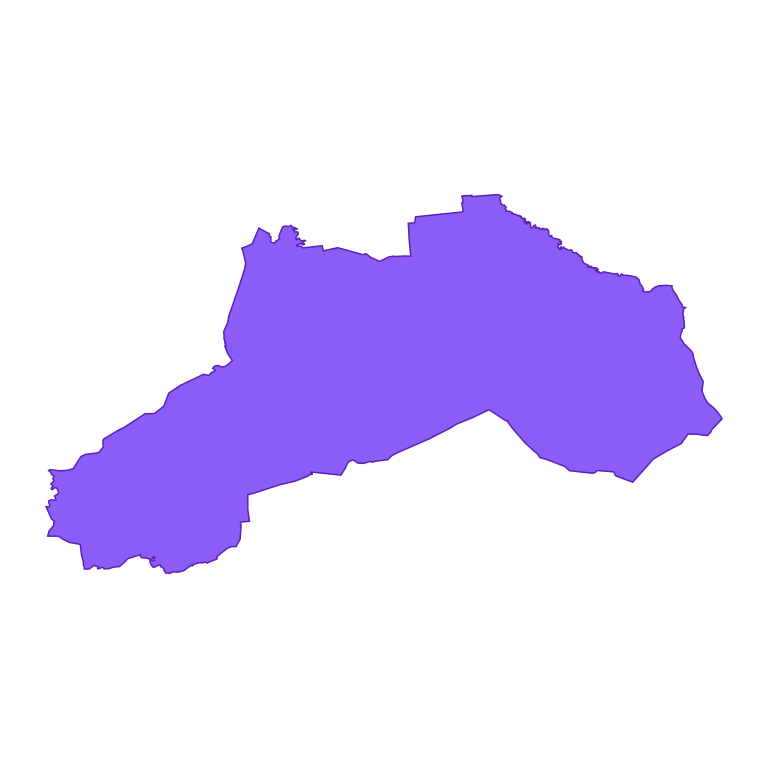 Laucesas pag., Daugavpils, Latvia
{"feature_id": "27541924B83584172222196", "entity_name": "Laucesas pag.", "entity_type": "district", "adm_level": 2, "iso_a3": "LVA", "parent_name": "Latvia", "parent_adm1": "Daugavpils", "projection": "natural_earth1", "projection_center": [26.54, 55.814], "detail": "fine", "context": "isolated", "style": "filled", "palette": "violet", "viewbox_px": 768, "rotation_deg": 0, "n_neighbors": 0, "source": "geoboundaries", "source_scale": "gbopen_adm2", "svg_char_len": 6075}
<svg xmlns="http://www.w3.org/2000/svg" viewBox="0 0 768 768"><path d="M462.2,195.9L461.9,196.6L462.6,198.9L462.8,202.2L461.7,203.1L463.2,210.8L461.8,212.0L415.6,216.8L414.7,222.8L408.3,223.3L409.3,241.3L410.8,256.2L404.4,256.0L395.2,256.5L393.6,256.1L388.7,257.0L379.7,261.4L370.6,257.3L366.1,253.7L362.9,254.6L337.6,247.7L323.3,250.9L322.2,245.7L303.2,247.9L300.6,246.1L297.4,246.2L296.5,245.8L296.6,245.3L300.0,243.5L302.9,244.8L304.0,244.7L304.4,244.3L304.2,243.7L302.5,243.0L302.4,242.2L305.3,240.7L304.7,240.3L302.2,240.9L300.9,240.6L299.1,238.2L298.1,238.3L296.9,239.6L296.1,239.5L295.9,237.3L296.5,236.1L297.9,235.0L298.4,233.3L297.3,231.9L294.4,231.9L294.2,231.1L294.8,230.0L292.7,229.2L293.6,228.6L296.8,229.3L297.2,228.8L292.3,226.8L290.8,225.4L288.4,226.6L286.0,226.0L283.3,226.5L282.4,227.4L279.2,235.1L279.0,237.1L279.6,238.5L277.4,240.4L275.7,241.1L275.3,242.5L273.8,243.0L272.1,242.7L270.7,241.9L271.0,236.9L269.6,236.3L269.4,233.8L258.9,228.1L252.2,243.9L246.8,246.4L241.8,248.1L243.1,251.6L245.6,262.9L244.8,268.6L238.6,287.9L228.4,317.3L228.6,317.9L227.5,323.2L223.8,331.3L223.9,334.4L224.3,334.6L224.0,335.2L224.1,339.0L224.8,340.9L224.9,342.9L225.8,342.9L225.1,345.5L225.9,345.4L225.8,346.3L225.0,346.3L225.1,346.9L227.7,353.6L232.4,360.6L226.8,365.4L224.7,366.5L221.4,367.0L218.2,365.5L215.1,365.9L213.5,367.0L212.7,368.3L215.0,370.1L215.1,370.7L211.5,372.6L208.7,375.4L203.5,374.3L180.5,385.3L170.6,391.9L168.7,393.3L163.8,406.2L154.4,413.6L145.1,413.7L124.0,427.5L118.9,429.9L104.1,438.7L102.9,440.4L103.2,447.0L99.2,452.1L97.5,452.9L85.4,454.4L80.9,456.6L73.3,468.6L67.9,470.2L64.3,470.6L58.7,470.7L50.0,469.6L48.6,470.6L51.3,472.8L51.5,474.4L54.1,476.2L53.0,478.3L53.0,479.1L54.0,480.4L53.9,480.9L50.9,483.9L52.9,486.3L51.2,488.3L51.2,489.0L52.3,489.6L54.9,487.7L56.5,488.0L57.4,489.0L58.6,492.6L57.8,494.1L54.5,496.0L56.0,499.5L55.9,500.2L51.2,499.8L49.1,500.6L48.6,501.1L48.7,502.5L49.9,505.8L49.0,506.7L46.1,506.7L51.5,519.0L54.4,521.2L53.7,522.7L53.9,525.1L49.0,531.2L47.7,536.1L58.5,536.2L62.7,539.1L69.3,542.4L80.3,544.4L81.5,555.1L83.4,562.0L83.4,564.8L84.2,566.5L84.4,569.1L89.2,569.0L93.9,565.5L98.2,566.9L97.7,568.6L98.9,568.8L101.6,567.4L103.5,567.9L104.1,568.8L108.2,568.8L113.4,567.2L119.5,566.5L125.3,561.6L127.5,558.8L140.4,554.7L140.3,556.3L141.2,557.3L142.6,557.9L146.3,558.0L150.8,559.5L152.1,559.3L153.4,556.9L154.2,556.5L154.7,556.9L154.1,558.7L154.6,560.4L154.4,560.7L153.3,561.1L151.0,559.9L149.9,560.7L150.0,561.9L150.8,564.0L152.1,566.2L152.8,567.0L154.0,567.3L159.1,565.0L160.4,565.0L160.5,566.6L162.5,567.4L163.6,568.7L164.0,570.4L165.9,573.2L167.6,572.9L169.9,573.4L173.1,571.8L177.5,572.2L184.1,570.6L189.2,566.6L191.7,565.3L192.6,565.8L193.8,564.4L199.0,562.7L202.9,562.8L205.2,562.1L207.4,563.1L208.8,562.2L216.9,559.0L217.3,556.3L227.3,548.3L231.5,546.6L236.1,546.6L240.1,539.2L241.1,525.8L240.4,522.1L249.5,521.3L247.8,509.7L247.8,494.6L253.3,493.4L279.8,484.7L295.2,481.1L306.5,476.7L308.4,475.8L308.4,475.2L312.2,474.2L312.2,473.1L310.7,472.7L311.0,472.0L341.0,475.1L345.5,467.8L348.0,462.3L352.0,460.2L353.6,460.2L357.8,463.1L363.5,463.4L370.4,461.4L372.0,462.2L377.0,461.0L387.8,459.7L391.9,455.6L398.5,452.2L429.1,438.9L450.7,427.8L456.0,424.4L473.9,417.0L489.0,409.7L505.3,420.4L507.4,420.7L507.0,421.0L512.8,428.7L525.0,442.8L534.0,451.1L537.3,453.6L539.9,457.6L546.2,459.3L564.6,466.3L569.5,470.7L592.0,473.2L594.9,472.7L597.2,470.5L613.8,471.9L615.8,475.9L632.7,482.2L653.4,459.0L667.8,450.5L681.3,443.5L688.0,434.1L696.1,434.2L707.6,435.6L711.1,431.6L710.7,430.7L721.9,419.0L721.8,418.0L717.2,411.7L713.9,408.0L708.0,403.2L704.9,398.4L702.0,391.0L703.2,381.7L697.7,370.6L697.9,370.5L696.7,367.6L693.7,358.2L692.9,353.4L691.4,351.0L684.5,344.2L680.6,338.4L680.3,337.2L680.8,334.0L682.2,330.2L681.9,329.1L684.4,327.8L684.1,320.8L683.4,319.5L683.9,318.2L682.8,313.2L683.5,311.5L683.1,311.2L683.4,309.3L685.5,307.6L681.9,306.6L682.1,304.7L678.8,300.0L676.7,295.5L673.3,290.8L671.9,287.6L672.1,285.9L666.5,285.4L659.0,285.7L655.5,287.0L652.5,289.0L650.9,291.0L647.9,292.2L646.9,291.5L645.1,292.3L642.8,291.0L643.6,290.2L642.5,286.9L640.2,284.0L638.9,279.6L635.7,276.9L626.3,275.2L623.5,275.2L621.7,274.0L620.5,275.0L620.2,276.1L619.5,276.3L618.2,275.7L618.0,275.3L618.3,274.7L617.3,273.6L613.8,273.8L604.0,271.9L602.6,272.1L602.6,272.6L602.1,273.0L598.8,272.7L599.0,271.8L598.4,271.6L597.6,272.2L595.5,270.2L596.1,270.0L597.2,270.7L598.1,269.1L596.6,268.1L594.7,268.2L595.2,267.8L589.8,267.2L590.7,266.5L588.4,266.6L589.0,266.1L588.5,265.4L584.6,263.5L583.3,262.4L582.1,259.5L581.9,256.9L580.6,256.5L579.8,255.7L579.4,256.1L578.7,254.7L577.6,254.4L577.6,253.8L576.1,253.0L576.1,252.6L573.2,252.9L572.0,250.3L571.0,249.8L568.5,250.3L565.1,248.3L562.9,247.9L563.3,247.3L561.9,247.5L560.9,247.0L560.9,247.7L560.3,248.2L561.5,248.3L561.4,248.8L560.7,249.4L559.4,249.3L559.8,248.2L558.1,247.7L557.4,246.4L558.7,245.7L558.3,243.9L559.3,244.5L561.1,244.4L561.2,243.1L560.6,242.7L561.4,241.9L561.1,241.2L559.7,241.0L559.9,239.8L559.6,239.6L552.4,237.9L551.6,235.5L550.9,235.7L550.5,236.4L549.3,235.9L548.9,235.0L548.6,231.0L548.2,230.1L547.4,230.0L547.3,229.1L545.5,228.9L544.2,229.7L543.7,228.5L542.4,228.5L541.3,229.5L540.8,229.0L539.7,229.1L539.5,227.9L539.0,227.7L537.9,228.3L536.8,227.6L535.7,228.2L535.4,227.7L536.0,226.4L535.1,225.0L533.7,225.9L532.5,227.5L531.0,227.8L530.4,227.0L530.8,225.5L529.9,223.6L530.4,223.0L529.2,222.8L529.5,222.3L528.9,221.6L528.2,221.6L527.9,222.9L526.6,224.2L526.2,223.9L526.7,223.1L526.5,222.6L525.0,222.7L524.4,222.1L526.1,221.5L524.8,220.4L525.3,219.1L524.7,218.3L524.3,218.4L524.3,219.2L523.3,219.3L522.2,217.9L521.2,217.6L521.2,216.6L520.4,216.7L520.3,216.0L519.1,216.1L518.8,215.3L517.7,215.6L516.0,214.5L515.2,214.6L513.2,213.6L511.8,213.7L511.6,213.2L512.0,212.5L509.5,211.3L506.0,211.1L506.3,210.0L505.2,208.5L506.1,207.6L505.8,206.6L504.9,206.0L504.4,205.1L503.0,205.3L501.5,204.4L501.7,203.9L500.6,203.1L500.6,201.1L499.6,198.3L501.8,196.3L500.8,196.0L500.5,195.4L497.3,194.6L471.7,196.6L471.8,195.4L462.2,195.9Z" fill="#8b5cf6" stroke="#5b21b6" stroke-width="1.5"/></svg>